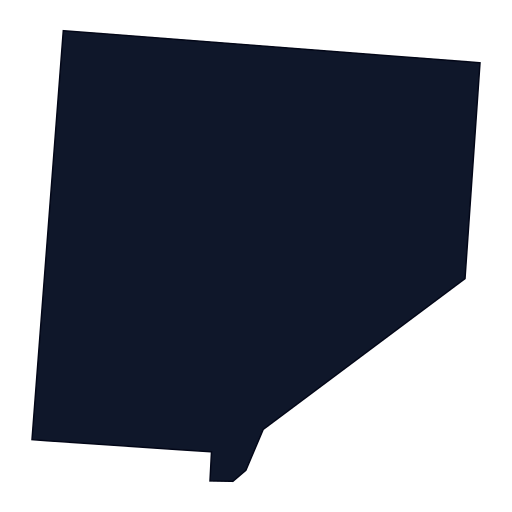 Clinton, Ohio, United States of America
{"feature_id": "52423323B39504847617427", "entity_name": "Clinton", "entity_type": "district", "adm_level": 2, "iso_a3": "USA", "parent_name": "United States of America", "parent_adm1": "Ohio", "projection": "natural_earth1", "projection_center": [-83.78, 39.396], "detail": "fine", "context": "isolated", "style": "filled", "palette": "ink", "viewbox_px": 512, "rotation_deg": 0, "n_neighbors": 0, "source": "geoboundaries", "source_scale": "gbopen_adm2", "svg_char_len": 293}
<svg xmlns="http://www.w3.org/2000/svg" viewBox="0 0 512 512"><path d="M465.0,278.6L480.0,62.8L470.4,62.0L382.4,55.3L63.3,30.7L32.0,439.6L46.2,440.7L178.9,449.7L211.5,451.8L210.0,480.9L232.9,481.3L245.9,470.2L263.2,429.4L465.0,278.6Z" fill="#0f172a" stroke="#020617" stroke-width="1.5"/></svg>